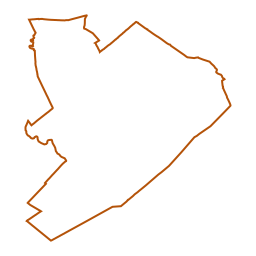 Crevedia, Dâmbovita, Romania
{"feature_id": "2599482B81123677964988", "entity_name": "Crevedia", "entity_type": "district", "adm_level": 2, "iso_a3": "ROU", "parent_name": "Romania", "parent_adm1": "Dâmbovita", "projection": "mercator", "projection_center": [25.909, 44.603], "detail": "fine", "context": "isolated", "style": "outline", "palette": "amber", "viewbox_px": 256, "rotation_deg": 0, "n_neighbors": 0, "source": "geoboundaries", "source_scale": "gbopen_adm2", "svg_char_len": 5264}
<svg xmlns="http://www.w3.org/2000/svg" viewBox="0 0 256 256"><path d="M230.5,105.4L230.3,104.6L229.5,102.6L227.9,99.2L227.1,97.7L226.9,96.9L226.9,96.6L226.8,96.2L225.8,94.1L225.0,92.3L224.1,90.4L223.2,88.3L222.9,88.0L223.1,87.5L223.0,86.9L223.0,86.7L223.0,86.4L222.7,86.0L222.6,85.9L222.6,85.7L222.1,81.5L222.1,80.7L224.5,79.2L224.1,78.7L223.1,78.3L222.3,77.2L221.9,75.9L220.9,74.7L219.6,74.3L217.7,73.5L216.3,72.4L216.2,71.8L216.8,70.6L216.9,69.6L216.5,69.0L215.1,67.8L214.8,67.2L214.2,66.3L213.3,65.4L211.3,63.6L209.6,61.7L202.8,59.5L198.4,57.8L198.1,57.4L195.9,57.7L194.2,58.1L187.4,57.3L186.3,56.6L184.1,54.9L170.8,45.7L170.2,44.7L168.7,44.3L166.7,43.1L161.6,39.3L157.5,36.5L157.3,36.5L154.4,34.6L152.5,33.3L150.3,31.7L148.0,30.1L147.0,29.4L147.1,29.2L145.3,28.3L142.0,25.9L138.0,23.0L138.0,22.9L137.9,22.9L137.5,22.6L137.2,22.4L136.8,22.2L136.5,22.0L136.1,21.9L135.9,22.0L135.6,22.2L135.4,22.5L134.5,23.2L133.9,23.8L133.5,24.1L133.2,24.3L132.9,24.4L132.7,24.7L132.4,25.0L131.5,25.7L130.9,26.2L130.1,26.9L129.0,28.0L128.7,28.2L127.9,29.0L127.6,29.1L127.4,29.3L127.2,29.5L126.0,30.3L125.8,30.5L125.7,30.7L125.3,31.0L125.0,31.3L123.9,32.4L123.4,32.6L123.2,32.8L122.9,33.1L122.7,33.4L122.5,33.6L121.9,34.1L121.6,34.3L121.3,34.5L121.0,34.8L120.8,35.0L120.6,35.2L120.3,35.4L120.0,35.6L119.4,36.1L118.6,36.9L118.2,37.2L118.0,37.4L117.9,37.7L117.8,37.8L117.4,38.1L117.1,38.3L116.9,38.4L116.6,38.6L116.3,38.9L116.1,39.1L115.9,39.4L115.6,39.5L115.4,39.6L113.5,41.3L112.8,41.9L111.4,43.1L110.9,43.4L110.7,43.6L110.6,43.8L110.0,44.3L109.0,44.9L107.7,45.8L106.8,46.6L105.7,47.5L104.9,48.1L104.1,48.9L102.9,49.6L102.0,50.2L101.7,50.6L101.3,50.8L100.3,51.6L99.9,51.9L99.8,52.0L99.5,51.0L97.9,48.0L97.8,47.6L97.5,47.0L96.9,46.2L96.7,45.7L96.3,45.1L96.2,44.7L95.5,43.2L95.3,43.1L95.1,43.0L99.1,40.5L98.7,39.9L93.3,33.8L92.9,33.3L90.9,32.1L89.2,31.1L85.8,29.1L84.2,28.6L84.1,28.2L84.0,27.3L84.2,26.5L84.6,25.5L84.8,23.4L84.9,19.0L85.9,16.8L86.3,16.3L86.7,15.6L86.6,15.4L84.2,15.9L78.0,17.6L71.9,19.2L68.2,20.2L67.7,20.1L67.0,20.1L65.6,20.2L65.2,20.3L64.9,20.4L61.4,20.3L50.5,19.8L48.0,19.6L44.8,19.3L43.1,19.1L42.2,18.9L41.7,19.0L41.4,18.9L40.1,19.0L39.2,19.2L38.8,19.2L38.6,18.9L36.8,19.0L35.0,19.2L33.8,19.3L33.2,19.3L29.3,19.7L29.1,19.7L32.5,26.8L33.0,27.8L33.7,29.3L34.4,30.5L35.1,32.0L35.5,32.4L35.4,32.6L35.5,33.0L35.3,33.4L35.0,33.9L34.5,34.5L34.3,35.2L33.5,35.5L33.4,35.6L33.5,36.6L33.7,37.2L33.9,37.5L34.2,37.7L34.2,37.8L34.1,38.0L33.7,38.2L33.4,38.4L33.0,38.8L32.9,39.1L32.8,39.3L32.8,39.6L33.0,39.7L33.1,39.9L33.1,40.0L32.8,40.0L32.4,39.7L31.7,39.5L31.2,39.6L30.7,40.1L30.7,40.4L30.7,40.7L31.0,41.2L31.3,41.5L31.5,41.7L32.5,41.6L32.8,41.8L33.1,42.0L33.3,42.2L33.2,43.2L33.1,44.0L32.8,44.7L32.7,45.0L32.8,45.5L33.0,45.8L33.1,46.1L32.9,46.3L32.4,46.4L31.9,46.2L31.0,45.7L30.7,45.7L29.8,45.8L29.6,46.0L29.4,46.3L29.4,46.5L29.5,46.9L29.6,47.2L30.2,48.0L30.7,48.2L31.8,48.6L33.5,48.9L33.9,49.2L33.9,49.7L33.8,50.1L33.9,50.3L34.7,50.5L34.8,50.6L35.0,55.7L35.4,60.9L35.5,61.6L35.5,62.1L35.4,63.3L35.5,64.0L35.6,65.3L35.9,66.5L36.0,66.7L36.0,66.9L36.1,67.2L36.1,67.5L36.4,68.6L36.4,69.1L36.8,71.1L37.1,72.0L37.1,72.5L37.3,73.4L37.4,73.9L37.3,74.1L37.4,74.4L37.5,74.6L37.7,76.4L42.3,86.1L45.3,92.3L47.0,95.9L47.4,96.5L47.5,96.8L48.9,99.8L49.6,101.4L51.4,105.1L52.7,107.7L52.7,107.9L52.7,108.0L52.6,108.4L52.4,108.6L50.6,110.0L48.5,111.8L46.6,113.2L36.9,120.8L36.7,121.0L35.5,122.0L35.3,122.2L33.9,123.4L31.9,124.9L31.5,125.3L31.0,124.8L29.5,122.6L28.1,120.8L27.9,121.2L27.7,122.0L26.4,125.0L25.9,126.1L25.6,126.8L25.5,127.5L25.5,128.5L25.6,130.4L25.8,130.5L26.1,130.9L26.3,131.3L26.3,131.7L26.3,132.5L26.4,133.0L26.5,133.5L27.7,135.3L28.1,135.6L28.7,135.8L29.5,136.5L30.0,136.8L30.2,137.1L30.6,137.5L30.7,137.8L31.2,138.1L31.6,138.3L32.0,138.4L32.2,138.5L32.4,138.5L32.9,138.5L33.5,138.4L34.0,138.2L34.4,137.5L34.5,137.3L34.7,137.1L35.0,137.0L35.3,136.9L35.7,136.6L36.2,136.3L36.3,136.3L36.9,136.6L37.2,136.7L37.4,137.1L37.5,137.2L37.6,137.7L37.6,138.0L37.6,138.3L37.7,139.2L38.0,140.1L38.7,141.4L38.7,141.5L38.9,141.6L39.1,141.7L39.3,141.8L41.1,143.0L44.3,144.4L46.2,144.0L47.2,143.0L47.3,141.5L47.8,140.5L49.0,140.0L51.4,139.8L51.7,139.9L52.0,140.5L52.3,141.9L52.7,143.3L54.3,146.0L55.2,147.8L55.9,151.2L56.9,152.5L57.4,153.5L59.3,154.5L60.4,156.0L61.5,156.9L64.7,158.3L66.1,160.5L66.2,160.8L66.1,161.1L65.2,161.6L62.9,163.6L62.3,164.2L60.6,166.0L60.1,166.6L59.1,167.7L57.8,169.2L57.0,170.0L53.3,174.0L52.6,174.7L52.4,174.9L49.0,178.7L48.5,179.1L46.9,180.9L45.0,183.0L45.9,183.8L29.0,201.5L28.0,202.5L27.7,202.9L30.3,205.0L30.5,205.1L39.5,210.4L39.8,210.5L40.1,210.7L40.5,211.0L41.0,211.3L38.8,212.7L37.2,213.8L35.5,215.0L35.4,215.0L32.8,216.8L32.7,216.8L32.5,217.0L30.0,218.7L28.8,219.5L28.5,219.7L28.3,219.8L28.0,220.0L27.9,220.0L27.7,220.2L27.5,220.3L27.0,220.7L26.8,220.8L26.7,221.0L27.0,221.1L30.9,224.3L31.9,225.1L32.0,225.2L32.3,225.5L32.8,225.9L33.0,226.0L35.7,228.2L36.2,228.6L39.0,230.9L50.9,240.6L51.5,240.4L83.6,222.8L90.3,219.1L107.8,209.4L112.5,206.8L120.9,206.2L126.6,201.5L127.1,200.9L127.8,200.0L128.0,200.1L133.0,196.0L134.7,194.3L137.7,192.1L138.8,191.1L145.7,185.5L158.3,174.6L161.6,172.1L169.0,165.9L181.4,152.2L194.4,137.2L196.8,135.9L199.3,133.9L210.5,126.2L224.8,111.6L230.4,105.8L230.5,105.4Z" fill="none" stroke="#b45309" stroke-width="2"/></svg>